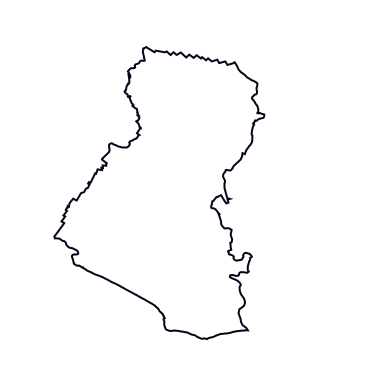 Ursulo Galván, Veracruz, Mexico (Equal Earth projection), rotated 115°
{"feature_id": "50627088B70821360053618", "entity_name": "Ursulo Galván", "entity_type": "district", "adm_level": 2, "iso_a3": "MEX", "parent_name": "Mexico", "parent_adm1": "Veracruz", "projection": "equal_earth", "projection_center": [-96.381, 19.446], "detail": "fine", "context": "isolated", "style": "outline", "palette": "ink", "viewbox_px": 384, "rotation_deg": 115, "n_neighbors": 0, "source": "geoboundaries", "source_scale": "gbopen_adm2", "svg_char_len": 6059}
<svg xmlns="http://www.w3.org/2000/svg" viewBox="0 0 384 384"><g transform="rotate(115 192 192)"><path d="M56.4,208.2L58.1,209.3L61.9,213.6L59.6,217.0L63.7,221.8L61.4,224.9L65.3,229.3L64.1,233.9L66.7,234.9L65.5,239.8L67.2,240.3L66.1,245.6L69.7,247.1L68.7,252.5L72.5,254.1L70.3,261.1L74.3,263.9L73.1,267.8L76.9,269.3L75.3,274.2L76.9,275.6L79.2,284.6L81.2,285.0L80.0,294.8L81.3,295.6L82.6,296.9L83.5,296.3L85.5,296.0L89.6,292.8L90.7,292.3L91.6,291.2L92.6,290.5L93.2,290.6L93.8,291.7L94.1,293.2L95.0,294.2L96.5,294.5L97.1,294.3L97.8,294.6L100.4,297.2L101.5,297.4L103.1,296.2L104.1,296.7L105.9,299.9L109.7,301.1L110.1,300.7L110.4,299.8L111.5,299.1L111.7,298.2L112.8,297.0L113.8,296.6L113.3,298.6L114.0,298.1L116.1,296.7L119.6,294.9L120.4,295.0L120.7,295.8L121.1,295.7L121.1,295.4L122.4,295.6L123.0,296.1L127.9,294.9L128.0,295.4L129.5,295.5L130.6,293.9L130.7,291.9L131.4,291.2L132.7,290.5L132.8,289.5L131.7,289.3L131.2,288.5L131.4,288.2L132.4,288.4L134.2,287.3L135.1,286.4L135.4,285.6L136.0,285.3L136.9,284.3L137.8,282.0L138.5,282.5L139.2,282.4L139.4,282.0L139.4,280.8L139.9,279.4L140.0,278.5L139.9,277.2L142.3,275.4L143.0,275.4L143.3,275.0L143.4,274.4L144.5,274.3L144.8,274.0L144.7,273.8L144.9,273.3L145.6,273.6L145.7,272.7L145.7,272.1L146.2,272.2L146.8,271.1L149.0,270.9L149.4,271.1L149.9,271.0L150.3,271.4L150.5,271.8L151.5,272.4L152.7,269.3L155.3,266.9L155.1,266.5L155.3,265.7L155.9,265.2L156.2,265.9L162.0,266.7L162.6,263.8L163.5,264.5L166.2,264.7L167.4,265.3L167.5,265.6L169.6,267.3L171.0,268.1L172.0,269.4L173.7,269.8L174.4,268.8L175.4,268.5L176.5,268.6L178.5,269.3L179.1,269.8L181.1,273.9L181.9,278.5L181.7,280.7L182.1,282.9L181.7,284.8L181.9,285.6L183.3,286.8L184.0,287.1L184.3,286.9L184.6,287.0L187.0,285.7L188.7,284.4L190.1,284.3L190.7,284.0L200.0,287.5L200.6,287.3L201.7,282.8L201.6,282.1L202.0,281.3L202.4,281.2L203.0,281.6L204.5,280.9L205.6,284.2L208.0,282.8L208.3,284.3L210.2,282.9L211.4,287.1L215.9,286.6L215.9,287.6L226.4,287.8L226.6,289.6L228.3,289.7L228.5,288.0L232.2,288.1L234.0,289.6L237.7,289.7L239.7,291.9L240.1,292.1L248.3,292.9L248.6,293.1L248.2,296.8L252.7,298.0L254.0,298.2L257.3,297.3L257.2,298.7L259.0,298.2L259.2,298.7L261.7,298.8L262.0,297.2L267.6,298.6L267.8,296.6L273.8,297.8L274.2,294.6L290.6,297.9L292.0,296.8L291.2,295.1L290.3,292.4L290.4,291.2L290.9,289.5L290.9,288.5L290.5,287.3L290.8,286.1L291.5,284.6L292.6,284.0L293.3,282.9L294.2,280.4L294.1,278.8L293.5,276.7L293.5,275.2L293.6,272.2L294.1,270.5L295.0,269.6L295.7,269.2L296.4,269.2L297.0,269.7L297.9,271.1L298.5,272.7L299.1,273.3L300.1,273.8L301.1,273.6L302.0,272.9L304.0,270.9L305.6,269.9L306.1,269.0L306.5,269.0L307.1,268.4L307.4,265.1L306.4,263.2L306.7,260.5L306.3,259.1L307.0,258.8L307.0,255.8L307.5,254.6L307.5,248.8L307.4,248.8L307.7,245.5L307.2,241.3L307.0,237.4L307.3,229.1L307.6,226.9L307.4,222.1L307.6,220.6L307.5,219.9L308.0,213.7L307.9,213.3L308.1,212.4L308.3,209.4L308.6,202.7L308.9,200.6L308.8,198.7L309.1,196.6L309.1,194.4L309.4,193.7L309.3,193.2L309.5,188.9L309.9,185.9L309.8,185.1L310.2,182.4L310.1,181.8L310.7,177.5L310.9,177.2L311.1,176.2L311.4,175.7L311.8,173.9L312.6,172.4L313.3,171.6L313.8,170.8L314.9,167.3L315.9,165.8L316.1,165.9L317.0,164.4L317.9,163.5L318.2,164.0L318.7,164.2L319.4,163.7L319.8,163.7L320.4,162.9L321.1,162.5L321.9,161.8L323.3,161.5L324.1,161.1L327.2,158.1L327.5,157.3L327.6,156.4L327.3,153.5L327.0,152.6L324.7,148.8L324.3,147.1L323.5,145.6L323.3,143.6L322.4,141.2L322.0,139.2L321.4,137.0L321.3,131.5L320.7,129.3L320.7,128.1L321.1,125.9L321.0,121.7L320.7,120.6L320.0,119.8L319.3,118.7L319.3,117.9L318.8,116.0L318.1,115.8L316.6,114.4L315.0,112.2L313.2,110.4L312.0,109.6L311.6,109.0L310.8,108.5L310.0,107.3L309.3,106.9L308.5,105.9L307.5,104.1L306.5,102.7L305.7,100.9L303.1,97.4L301.1,95.3L300.9,94.5L299.7,93.5L298.4,91.1L296.1,87.5L295.9,86.8L294.2,84.0L293.8,82.9L292.2,85.4L291.3,89.9L289.1,92.6L286.5,94.3L282.2,98.6L278.3,99.5L274.0,97.1L272.5,96.8L270.2,97.1L268.2,98.2L266.2,100.4L264.8,103.0L263.4,105.0L261.0,107.2L258.0,108.7L255.6,108.5L254.7,109.3L253.8,111.1L253.2,113.2L253.1,116.0L253.3,119.4L253.1,121.5L252.5,122.0L251.7,122.2L250.8,121.6L249.8,119.4L249.6,117.1L249.1,115.9L248.3,114.7L247.1,114.4L246.1,114.8L245.0,114.7L243.9,113.7L243.3,112.4L242.3,109.3L242.2,108.2L241.2,107.5L240.2,106.9L239.7,107.9L239.1,108.5L236.3,109.8L235.6,110.0L231.0,110.8L229.6,110.7L227.0,111.4L225.8,110.4L225.2,110.5L224.7,111.3L223.7,113.8L224.1,115.5L224.1,116.6L224.6,118.0L226.1,118.8L227.3,118.9L228.0,118.7L228.5,118.2L229.8,118.0L232.5,118.5L235.2,122.3L235.6,123.9L235.1,125.6L234.5,126.4L232.8,126.8L232.4,128.2L232.4,129.6L232.8,132.2L231.7,132.8L231.2,133.6L230.6,134.2L230.0,134.2L229.1,133.1L227.7,132.0L225.3,133.9L224.1,134.4L222.0,135.8L220.7,134.9L219.6,135.1L218.0,135.6L214.3,139.0L210.5,139.8L209.6,140.1L209.3,142.6L209.4,143.4L209.6,144.1L211.3,147.2L209.9,150.6L208.8,151.9L207.9,152.6L206.8,152.9L204.1,155.2L200.5,158.8L200.3,158.3L197.7,163.4L197.6,165.0L198.1,166.6L198.1,167.9L196.5,168.7L195.1,168.7L194.1,169.1L192.1,169.5L192.1,169.4L190.4,168.7L186.2,167.7L186.1,167.1L185.5,166.5L184.9,166.3L182.6,164.2L186.0,159.3L187.9,156.1L186.2,154.5L183.9,156.5L182.2,154.7L182.7,157.4L174.7,164.2L170.5,166.2L169.6,166.2L167.9,166.8L165.2,170.1L164.0,170.8L162.1,171.1L159.5,170.4L157.9,170.7L157.3,169.6L156.4,166.5L156.0,166.0L153.2,165.2L153.1,165.4L150.5,165.1L142.2,161.7L138.3,161.6L137.4,162.2L135.4,162.6L135.4,160.1L135.2,160.1L131.1,160.5L128.1,159.8L126.6,159.8L125.1,159.1L122.9,158.8L121.2,158.8L120.1,159.1L115.3,161.1L115.3,161.3L114.4,162.5L109.6,163.9L107.0,164.4L104.7,164.2L104.2,164.4L104.2,165.5L100.5,164.9L100.8,164.1L97.4,162.1L94.6,158.6L92.9,158.5L91.2,159.3L91.7,162.2L91.8,164.2L92.6,164.9L92.8,166.1L90.7,166.1L88.3,167.3L86.2,169.5L85.3,171.4L83.7,173.5L81.9,177.2L80.6,177.5L78.3,176.7L77.1,176.1L76.4,175.2L75.1,174.9L73.9,175.3L71.3,177.1L69.5,177.7L68.0,177.8L66.6,178.3L65.9,178.8L65.5,180.4L65.3,182.6L65.4,186.0L65.0,187.8L65.0,189.1L64.8,190.6L63.5,193.9L62.8,197.9L62.3,199.4L61.1,201.9L58.9,204.2L56.4,208.2Z" fill="none" stroke="#020617" stroke-width="2"/></g></svg>